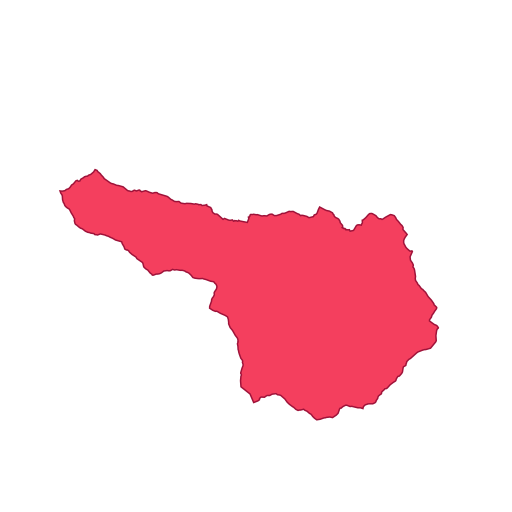 outline of Poiana Teiului, Neamt, Romania, rotated 38°
{"feature_id": "2599482B87043149712701", "entity_name": "Poiana Teiului", "entity_type": "district", "adm_level": 2, "iso_a3": "ROU", "parent_name": "Romania", "parent_adm1": "Neamt", "projection": "robinson", "projection_center": [25.888, 47.126], "detail": "fine", "context": "isolated", "style": "filled", "palette": "rose", "viewbox_px": 512, "rotation_deg": 38, "n_neighbors": 0, "source": "geoboundaries", "source_scale": "gbopen_adm2", "svg_char_len": 6107}
<svg xmlns="http://www.w3.org/2000/svg" viewBox="0 0 512 512"><g transform="rotate(38 256 256)"><path d="M344.4,372.9L346.7,369.0L347.0,368.1L347.2,367.2L346.5,366.0L346.8,364.2L347.0,363.9L349.6,362.1L350.3,359.8L350.7,359.0L352.7,357.5L353.8,354.9L356.6,352.1L358.3,352.1L360.2,351.0L361.4,350.6L366.8,350.9L370.6,352.0L373.5,352.3L377.9,352.2L378.7,352.0L381.8,352.3L384.2,351.8L385.1,350.6L386.0,349.9L387.9,347.4L389.4,347.5L391.7,346.9L395.1,347.1L396.3,346.8L398.2,347.1L399.3,347.5L401.9,347.8L404.7,347.7L407.1,345.1L409.2,341.8L410.4,340.6L410.7,340.0L413.3,337.4L415.8,336.2L417.2,332.0L417.5,329.4L416.0,325.0L416.0,324.1L416.8,323.4L417.1,321.4L418.4,318.5L419.4,317.7L422.8,316.7L424.0,315.5L429.7,312.9L431.8,311.3L434.2,310.4L433.8,309.7L433.4,308.4L433.6,306.6L433.9,305.7L434.8,304.5L435.1,303.8L436.5,302.5L439.0,300.6L440.1,298.4L440.2,297.0L439.7,295.9L439.6,293.4L439.0,292.2L438.7,291.0L439.1,289.1L439.6,287.7L439.6,287.2L439.0,286.3L438.8,285.3L439.3,282.6L439.2,281.4L440.3,280.3L440.7,279.3L441.0,274.8L441.9,271.4L442.9,268.6L442.8,267.8L442.2,266.4L441.9,263.6L442.9,262.3L443.1,258.9L442.8,257.2L440.8,253.6L440.4,252.5L441.4,250.1L441.2,249.4L440.6,248.6L440.4,247.5L439.8,246.5L440.1,243.3L440.8,241.7L442.3,233.2L442.7,231.9L445.3,227.5L446.6,225.8L447.3,225.3L450.3,221.2L450.5,213.1L450.2,211.8L446.8,208.0L444.2,203.5L443.8,202.0L444.0,200.6L443.8,200.2L441.8,199.6L440.7,199.6L438.7,200.2L432.7,200.4L432.0,199.4L431.9,196.3L431.1,194.2L431.1,191.9L430.8,189.7L430.7,186.6L430.3,185.5L429.8,185.2L426.3,184.8L425.5,184.1L421.3,182.8L416.5,182.0L412.0,180.2L409.4,180.0L408.1,179.7L406.4,179.9L402.6,178.8L401.2,178.8L399.8,178.0L396.7,177.0L395.3,175.6L394.3,173.9L389.5,169.4L388.2,168.5L386.4,168.0L385.7,166.5L385.4,166.2L383.5,165.2L380.3,164.2L377.9,161.8L376.5,156.2L376.2,156.0L375.7,156.0L374.8,157.0L374.1,157.4L370.6,157.2L368.8,156.9L365.0,155.2L364.1,154.5L362.8,152.8L362.3,151.2L362.0,149.2L361.9,146.0L360.4,145.6L355.5,144.7L354.3,142.9L352.2,142.1L350.5,142.0L346.9,141.1L344.2,140.7L342.3,139.7L340.1,139.1L337.7,139.9L336.4,140.6L334.2,145.7L333.3,148.5L332.8,149.6L331.4,149.8L330.4,150.7L329.7,151.0L327.7,150.9L325.7,150.4L321.6,151.0L320.6,151.5L319.4,152.7L319.1,154.4L318.9,158.2L318.2,161.7L317.7,162.4L319.2,164.1L319.5,164.6L319.6,166.0L320.0,166.8L317.9,168.0L316.7,169.2L316.4,170.3L317.1,175.8L314.9,178.5L313.4,177.8L313.2,178.1L310.9,179.8L310.2,179.6L310.1,180.0L309.0,179.6L308.1,180.4L307.3,180.2L307.0,180.5L306.5,180.6L306.6,179.9L305.3,178.6L301.9,177.9L300.7,176.9L298.6,176.1L297.4,176.1L295.3,176.6L293.9,176.6L293.1,176.4L292.0,175.6L291.0,175.5L289.7,174.9L286.3,175.4L283.4,176.8L281.7,177.2L276.0,178.2L276.5,180.8L277.7,184.5L277.8,185.9L276.6,187.8L277.0,189.6L274.6,192.7L274.1,193.2L271.7,193.5L268.0,195.1L266.9,195.8L266.4,196.7L264.2,196.6L262.4,197.2L257.8,198.0L255.9,199.7L254.6,200.4L252.7,204.0L251.9,205.1L250.3,206.3L249.7,208.0L247.3,211.5L245.7,212.8L244.8,213.0L243.5,213.0L242.8,213.2L241.5,214.3L240.9,215.2L239.9,217.8L237.5,219.3L236.3,220.6L235.5,221.1L231.7,222.5L230.7,223.4L228.4,224.6L227.7,225.5L226.4,226.4L226.2,226.6L226.1,227.2L226.6,228.3L226.3,229.0L226.8,229.7L226.8,229.9L226.3,230.2L227.3,231.0L228.5,234.9L221.8,238.3L220.3,238.6L220.3,239.8L218.6,240.4L218.1,241.0L217.5,241.1L217.2,242.0L216.9,242.4L215.2,242.1L213.7,243.8L212.5,244.5L208.0,245.8L207.5,247.4L200.2,246.9L199.3,247.1L197.7,248.3L195.4,248.4L194.1,247.9L192.5,246.5L192.3,246.6L190.5,245.7L186.6,246.7L185.5,245.9L184.6,247.3L182.3,249.5L180.9,249.4L179.2,250.9L178.5,250.9L176.2,252.1L175.5,253.1L172.4,254.7L168.8,257.3L167.9,258.5L164.4,260.5L161.7,260.5L159.9,262.1L158.1,263.2L155.0,263.5L154.2,263.8L150.5,263.6L149.1,263.8L140.7,267.1L139.1,267.0L138.5,267.3L137.2,268.3L135.9,270.2L132.8,271.4L129.6,272.2L128.7,272.6L126.3,275.8L125.4,275.8L125.0,276.1L124.1,275.7L123.3,275.9L121.7,278.4L119.8,278.9L119.0,280.1L119.0,280.9L118.4,281.6L117.5,282.3L116.4,282.6L115.6,283.1L114.5,283.5L108.7,283.3L104.1,285.2L102.7,286.1L99.3,287.0L97.6,287.8L96.4,288.1L88.4,288.5L87.7,288.0L83.9,287.4L82.7,287.0L79.2,286.9L78.1,286.4L76.0,287.0L76.3,289.8L75.5,293.6L74.3,295.4L74.1,296.8L73.0,297.8L72.0,299.3L71.9,300.3L70.7,303.3L71.0,305.4L70.0,306.5L68.6,306.4L67.8,307.7L67.7,311.6L67.0,313.6L67.2,316.5L66.9,318.4L65.6,320.3L65.2,322.1L65.0,322.4L63.4,324.2L61.5,325.4L63.4,326.6L65.2,327.2L66.3,327.8L69.0,330.8L71.4,332.5L72.4,332.7L73.9,333.7L75.3,334.2L77.7,334.3L79.6,334.0L80.6,334.2L83.9,335.8L87.5,337.1L88.8,337.9L90.1,338.2L91.2,340.1L93.2,341.7L94.4,342.2L95.1,342.0L99.3,342.2L100.9,342.0L102.4,341.5L106.3,341.5L108.8,340.9L110.5,340.0L111.5,339.8L114.6,338.1L115.6,338.4L116.1,338.2L117.3,337.4L118.2,337.0L119.8,334.4L124.2,332.4L125.6,332.1L127.6,331.3L129.6,331.0L132.1,330.3L135.4,329.9L141.4,327.5L142.9,328.6L146.2,329.9L148.4,331.3L150.3,331.0L150.7,330.5L152.3,330.3L154.2,330.9L157.4,331.1L162.0,330.7L163.8,331.4L170.4,331.0L171.4,331.4L174.0,333.5L174.7,333.8L177.2,334.0L179.4,333.7L183.2,334.6L185.1,334.5L186.1,334.9L187.0,334.2L188.4,331.8L189.8,330.6L191.0,329.2L191.8,327.6L192.6,324.6L194.9,322.2L196.5,321.3L197.5,320.4L198.5,317.9L200.4,317.2L201.8,315.7L205.0,314.0L206.8,312.6L208.9,311.7L210.7,311.6L212.3,311.0L213.7,310.8L216.7,311.1L219.5,311.8L221.5,311.1L224.2,309.5L225.5,308.6L227.9,306.5L228.6,306.4L231.1,305.3L235.8,303.8L238.5,302.3L240.4,302.8L241.6,302.8L243.0,303.4L244.1,304.2L244.7,305.3L245.3,306.9L245.2,307.6L245.5,310.3L245.8,310.9L247.1,312.3L247.5,314.4L247.5,316.3L247.9,317.7L248.8,319.1L250.5,324.2L251.6,325.7L255.3,325.4L258.1,324.6L258.9,323.8L259.9,323.5L263.2,323.1L268.2,321.8L271.0,321.5L273.2,323.0L275.3,325.1L276.2,326.3L279.7,328.3L283.3,329.1L288.6,331.3L291.8,332.1L292.8,332.7L294.5,334.3L294.5,334.8L295.0,335.2L295.4,336.6L297.2,338.1L299.5,340.7L300.6,341.4L301.4,342.2L303.2,343.5L307.0,345.9L309.6,346.6L310.4,347.3L310.7,348.1L312.5,349.3L313.3,350.4L314.0,352.8L315.8,357.3L316.4,358.0L317.3,358.3L317.8,358.8L318.2,360.1L320.6,363.8L324.7,368.3L336.3,368.4L344.4,372.9Z" fill="#f43f5e" stroke="#9f1239" stroke-width="1.5"/></g></svg>